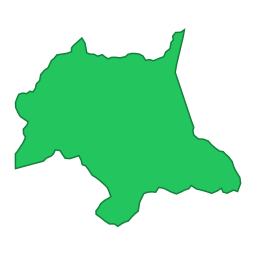 the district of Buerarema, Bahia, Brazil
{"feature_id": "56859067B44754949051555", "entity_name": "Buerarema", "entity_type": "district", "adm_level": 2, "iso_a3": "BRA", "parent_name": "Brazil", "parent_adm1": "Bahia", "projection": "mercator", "projection_center": [-39.271, -14.997], "detail": "fine", "context": "isolated", "style": "filled", "palette": "green", "viewbox_px": 256, "rotation_deg": 0, "n_neighbors": 0, "source": "geoboundaries", "source_scale": "gbopen_adm2", "svg_char_len": 1919}
<svg xmlns="http://www.w3.org/2000/svg" viewBox="0 0 256 256"><path d="M237.6,191.5L240.6,183.3L239.8,177.4L237.4,173.7L235.5,170.5L233.8,166.9L232.1,161.5L228.8,157.1L225.7,154.3L223.2,151.7L219.6,151.1L215.8,148.5L211.5,144.8L208.3,141.1L203.8,139.3L198.3,138.9L193.8,135.0L192.8,130.7L193.8,127.5L191.2,120.3L189.9,116.4L175.2,72.3L176.6,64.3L183.3,36.1L184.4,29.7L180.9,32.2L175.6,32.5L172.7,36.2L173.2,40.1L171.0,42.6L170.0,48.6L165.7,52.0L163.8,56.7L159.3,58.3L153.5,60.8L149.6,59.6L145.6,60.3L142.9,56.0L138.9,54.0L134.8,53.5L131.3,53.5L127.8,54.5L125.4,56.7L120.1,57.8L115.1,57.3L111.3,57.4L108.5,58.8L105.6,57.3L102.2,54.7L97.7,56.2L93.8,54.2L90.4,54.2L86.8,52.9L85.8,47.6L85.0,43.2L81.9,38.0L73.5,45.5L71.5,48.0L71.5,51.7L67.2,53.3L61.4,54.2L56.9,54.9L54.3,58.2L51.4,60.6L49.9,63.9L47.9,68.0L44.5,70.2L40.7,74.6L39.7,80.5L36.4,83.9L35.4,88.3L33.1,91.9L29.7,91.3L26.9,93.6L22.5,93.1L18.8,94.4L17.1,98.1L15.5,102.5L15.7,107.5L18.1,112.8L20.3,116.5L23.5,118.7L28.2,121.9L26.9,125.2L23.3,129.2L23.6,134.0L25.5,137.0L24.1,140.7L22.4,143.9L20.1,147.3L17.6,151.2L15.4,153.8L15.4,164.8L15.5,168.6L43.6,161.0L46.3,158.1L50.9,156.2L53.5,153.8L55.3,149.8L60.3,150.7L62.0,153.7L65.2,158.3L69.9,158.6L74.4,157.2L78.9,155.6L81.1,160.1L82.3,164.7L85.8,165.9L88.6,169.7L92.2,175.2L96.5,177.9L100.1,180.7L102.4,182.8L105.0,185.1L107.5,187.8L109.2,191.8L110.9,196.6L107.7,198.8L104.6,200.4L100.8,203.6L98.2,208.1L96.0,210.9L96.1,214.3L100.8,217.6L104.9,221.0L109.4,223.9L114.3,223.9L117.9,226.3L121.4,223.9L125.0,222.0L128.3,221.0L131.4,217.3L134.6,214.1L138.2,211.1L139.5,202.7L141.6,198.1L143.7,193.7L147.2,192.3L151.6,191.8L155.7,192.2L158.8,187.4L163.4,188.2L166.5,189.6L171.0,191.9L176.4,193.9L180.6,192.1L185.1,189.9L188.8,188.7L191.2,185.5L196.4,188.9L200.5,189.9L205.5,191.2L211.7,193.3L217.5,190.8L221.4,188.3L223.1,192.1L227.1,193.2L233.5,190.1L237.6,191.5Z" fill="#22c55e" stroke="#15803d" stroke-width="1.5"/></svg>